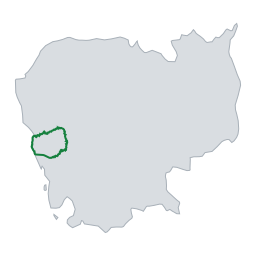 Veal Veaeng, Pouthisat, Cambodia shown in context
{"feature_id": "14789045B9222272664434", "entity_name": "Veal Veaeng", "entity_type": "district", "adm_level": 2, "iso_a3": "KHM", "parent_name": "Cambodia", "parent_adm1": "Pouthisat", "projection": "robinson", "projection_center": [103.138, 12.256], "detail": "fine", "context": "in_parent", "style": "outline", "palette": "green", "viewbox_px": 256, "rotation_deg": 0, "n_neighbors": 0, "source": "geoboundaries", "source_scale": "gbopen_adm2", "svg_char_len": 6695}
<svg xmlns="http://www.w3.org/2000/svg" viewBox="0 0 256 256"><path d="M236.7,23.5L237.4,26.2L235.6,31.3L233.7,35.9L230.2,39.9L230.0,42.9L228.8,51.7L229.3,54.5L230.2,56.9L231.3,58.2L234.5,66.8L237.3,74.7L240.1,81.1L240.6,85.2L238.1,95.5L235.2,105.0L235.5,109.8L236.8,114.5L238.2,120.8L238.7,128.9L238.0,134.1L236.6,137.4L234.1,140.8L231.8,142.5L229.1,139.6L227.0,139.5L224.1,140.4L221.8,141.7L217.2,146.6L212.1,151.4L205.0,152.6L202.3,156.2L199.3,156.7L193.7,156.8L190.1,157.7L190.3,159.5L190.0,167.9L190.1,169.9L189.5,170.4L187.0,170.6L182.7,169.3L176.8,167.3L172.7,166.9L170.6,170.6L169.3,172.0L167.7,172.3L166.1,172.9L165.6,174.6L165.4,176.6L166.2,180.1L166.5,185.7L166.3,189.5L167.9,191.9L176.8,200.0L179.4,202.0L179.7,203.2L178.2,207.6L179.6,213.8L176.8,213.7L172.1,211.0L169.9,209.4L167.2,210.7L166.3,210.4L164.5,207.4L162.1,204.3L159.6,204.1L154.4,205.3L149.2,206.2L147.1,206.2L146.3,206.7L143.3,211.3L142.0,210.5L136.6,208.8L131.8,208.1L130.8,209.3L131.4,213.1L132.4,216.8L131.8,218.3L129.1,220.3L125.6,223.7L123.5,226.5L122.0,227.1L116.6,227.0L111.2,227.4L109.1,229.9L107.1,231.9L105.3,232.5L98.3,226.1L84.4,223.9L82.9,221.1L81.5,220.6L80.3,224.2L72.6,227.7L69.4,225.6L67.1,223.0L67.4,219.9L69.6,217.4L73.4,215.6L75.2,209.2L72.3,201.0L69.8,198.6L67.1,196.7L64.3,199.7L61.9,204.9L59.4,207.6L56.0,208.2L50.9,208.0L48.9,200.2L48.2,193.5L48.9,185.9L49.7,181.4L44.8,175.2L44.5,169.2L42.1,166.2L41.4,167.7L41.5,169.4L40.8,168.2L33.1,150.8L31.8,142.7L33.1,136.5L33.9,134.4L31.7,131.1L28.5,127.4L23.0,122.6L22.6,114.9L21.4,105.8L19.7,102.7L17.2,97.1L15.8,92.5L15.4,80.2L16.1,79.2L20.0,78.9L25.0,78.0L25.8,76.0L25.0,74.4L28.2,71.6L32.8,65.5L36.4,59.2L39.0,55.2L40.5,51.2L45.7,45.6L52.8,41.7L57.7,40.8L62.8,39.4L67.6,37.5L69.9,37.4L75.9,39.6L79.2,40.2L82.6,40.2L86.2,40.4L89.2,40.2L96.6,38.6L104.5,39.9L111.4,38.9L120.1,37.0L124.3,38.2L128.2,40.0L128.8,43.8L129.7,45.5L131.0,46.8L132.7,46.8L134.9,44.2L136.7,41.5L137.3,41.0L137.4,42.3L138.3,45.2L140.0,48.1L141.7,50.0L144.4,52.5L146.3,52.6L152.2,50.3L161.0,53.7L162.1,55.5L165.0,59.0L168.1,61.5L175.0,61.7L177.4,55.5L176.2,51.7L172.3,45.1L171.2,41.2L172.4,40.5L179.1,39.7L180.2,39.0L181.7,34.7L183.5,35.2L187.2,35.7L191.1,32.8L193.4,29.7L194.7,31.1L196.1,33.3L197.6,34.5L200.4,36.4L203.5,39.0L205.5,41.5L207.0,42.5L211.0,41.8L212.0,41.9L214.3,38.8L215.9,37.1L217.3,37.6L219.3,37.6L223.4,33.6L225.8,30.0L227.1,29.0L230.8,30.8L232.3,30.5L234.4,25.5L236.7,23.5ZM46.3,189.9L45.5,190.4L44.8,190.4L44.1,189.7L44.1,186.9L44.7,185.2L45.9,184.8L46.3,189.9ZM57.9,217.5L56.4,219.4L53.9,215.5L53.9,214.4L57.9,217.5Z" fill="#d9dde1" stroke="#a8b0b8" stroke-width="1"/><path d="M35.2,135.7L34.9,135.7L34.6,136.0L34.3,136.0L34.1,136.0L33.7,136.1L33.3,136.4L33.3,136.6L33.2,136.8L32.9,137.2L32.6,137.4L32.6,138.2L32.6,138.6L32.5,138.9L32.6,139.2L32.7,139.3L32.6,139.6L32.7,140.0L32.7,140.4L32.5,141.3L32.4,141.5L32.3,141.9L32.1,142.3L32.1,142.5L32.3,143.1L32.3,144.2L32.3,144.4L32.1,144.4L32.0,144.9L31.9,145.1L31.9,145.3L32.0,145.5L31.8,146.1L31.7,146.4L31.8,146.5L31.7,146.8L31.9,147.0L32.0,147.2L31.9,147.4L32.0,147.8L32.2,148.2L32.3,148.4L32.4,148.7L32.6,148.8L32.9,149.1L33.0,149.4L33.0,149.7L33.1,149.9L33.4,150.3L33.5,150.4L33.6,150.5L33.9,150.9L34.0,151.2L34.2,151.3L34.3,151.5L34.5,151.5L34.5,151.9L34.5,152.0L34.6,152.3L34.7,152.7L34.7,152.8L34.7,153.5L34.8,153.7L34.9,154.0L35.7,154.5L43.2,155.0L44.2,155.3L45.1,155.7L49.2,157.7L49.5,157.8L50.3,157.9L50.9,157.7L51.1,157.8L51.3,157.8L51.7,157.6L51.8,157.7L52.0,157.6L52.6,157.0L52.8,156.9L53.1,156.9L53.3,157.0L53.7,157.1L53.9,157.3L54.0,157.2L54.1,156.7L54.2,156.4L54.4,156.3L54.6,156.4L54.8,156.3L55.1,156.4L55.2,156.5L55.3,156.2L55.6,155.9L55.8,155.7L56.6,156.0L56.9,156.1L57.0,155.9L57.5,155.9L57.8,155.5L57.9,155.1L58.0,155.0L58.0,154.7L58.3,154.4L58.4,154.2L58.5,154.2L58.6,154.3L58.8,154.2L59.0,154.0L59.1,153.8L59.3,153.8L59.5,153.7L59.7,153.8L59.9,153.6L59.8,153.2L59.7,152.9L59.8,152.6L59.9,152.4L59.9,152.2L60.0,152.2L60.2,151.8L60.4,151.7L60.6,151.7L60.7,151.8L60.9,151.7L60.7,151.5L60.8,151.2L60.7,151.1L60.6,150.8L60.7,150.7L60.7,150.4L61.0,150.1L61.1,149.9L61.4,149.9L61.5,149.9L61.5,150.1L62.0,150.2L62.0,150.5L62.3,150.5L62.6,150.7L62.8,150.9L63.0,150.7L63.5,150.6L63.7,150.4L63.9,150.3L64.0,150.1L64.1,149.9L64.3,149.7L64.6,149.5L64.9,149.8L65.0,149.9L65.1,150.0L65.2,150.3L65.3,150.4L65.4,150.2L65.5,150.2L66.0,150.0L66.1,149.6L66.1,149.4L65.7,148.9L66.1,148.0L66.3,147.8L66.3,147.6L66.4,147.4L66.2,147.0L66.2,146.9L66.1,146.7L66.2,146.4L66.2,146.1L66.3,145.9L66.3,145.7L66.4,145.4L66.5,145.1L66.4,145.0L66.4,144.9L66.3,144.7L66.6,144.5L66.6,144.2L66.7,143.8L66.5,143.7L66.8,143.5L66.9,143.3L67.0,143.1L66.9,143.0L66.9,142.8L66.8,142.6L66.9,142.3L67.0,142.2L66.9,142.1L66.9,141.8L67.0,141.5L66.7,141.4L66.9,141.3L66.9,141.0L67.0,141.1L67.0,140.9L66.8,140.8L66.7,140.8L66.7,140.6L66.3,140.5L66.2,140.5L66.2,140.4L66.1,139.7L66.2,139.3L66.2,139.2L65.8,138.8L65.7,138.4L65.4,137.9L65.4,137.7L65.3,137.2L65.2,136.8L65.1,136.6L65.1,136.4L65.0,136.2L65.1,135.9L65.1,135.5L65.3,135.4L65.4,135.1L65.4,134.8L65.3,134.7L65.2,134.6L65.4,134.5L65.2,134.3L65.1,134.2L64.9,134.2L64.7,133.8L64.3,133.3L64.4,133.2L64.5,133.1L64.6,132.7L64.8,132.4L64.5,131.8L64.5,131.4L64.3,131.3L64.3,131.1L64.4,130.9L64.5,130.9L64.1,130.1L64.0,129.8L64.0,129.7L63.3,128.9L63.2,128.9L61.9,128.3L61.5,128.0L61.1,127.9L60.9,128.0L60.7,128.0L60.4,128.3L60.1,128.4L59.9,128.3L59.7,128.0L59.7,127.9L58.4,127.5L58.2,127.5L58.2,127.8L58.4,127.8L58.1,127.9L58.1,128.0L58.0,127.9L57.9,128.0L57.8,127.9L57.8,128.1L57.7,128.1L57.7,127.9L57.4,128.0L57.3,128.5L57.2,128.6L56.7,128.4L56.3,128.8L56.2,128.7L56.0,128.8L55.9,128.8L55.8,129.0L55.6,129.3L55.2,129.4L55.2,129.5L55.1,129.8L54.9,129.9L54.7,129.8L54.5,129.6L54.3,129.6L54.1,129.5L53.6,129.9L53.2,130.3L52.4,130.5L52.0,130.7L51.9,130.9L51.5,131.2L51.4,131.5L51.2,131.7L50.4,131.4L50.2,131.4L50.1,131.6L49.8,131.7L49.2,132.1L48.9,132.3L48.8,132.6L48.7,132.6L48.4,132.7L48.1,132.5L47.8,132.6L47.6,132.8L47.4,132.8L47.4,133.5L47.4,133.8L47.2,133.9L46.6,133.8L46.2,133.6L45.8,133.6L45.5,133.4L45.2,133.4L45.2,133.0L44.7,132.3L44.7,132.0L44.4,131.8L44.3,131.6L44.2,131.5L43.8,131.9L43.7,132.1L43.4,132.6L43.2,132.9L43.2,133.2L43.0,133.4L42.6,133.6L42.4,133.6L42.3,133.9L42.1,134.1L41.9,134.1L41.7,134.2L41.4,134.1L41.2,134.0L40.9,134.2L40.7,134.2L40.6,134.3L40.6,134.2L40.4,134.2L40.2,134.1L40.2,134.3L40.0,134.5L39.9,134.7L39.6,134.8L39.6,135.0L39.3,135.1L39.3,135.3L39.1,135.3L39.0,135.6L38.9,135.6L38.9,135.8L38.3,135.5L38.0,135.5L38.0,135.4L37.8,135.2L37.6,135.3L37.5,135.1L37.4,135.1L37.3,135.3L37.2,135.5L36.9,135.9L36.7,136.0L36.5,136.4L36.7,136.6L36.6,136.8L36.2,137.1L36.0,136.9L35.7,136.7L35.5,136.2L35.2,135.7Z" fill="none" stroke="#15803d" stroke-width="2"/></svg>